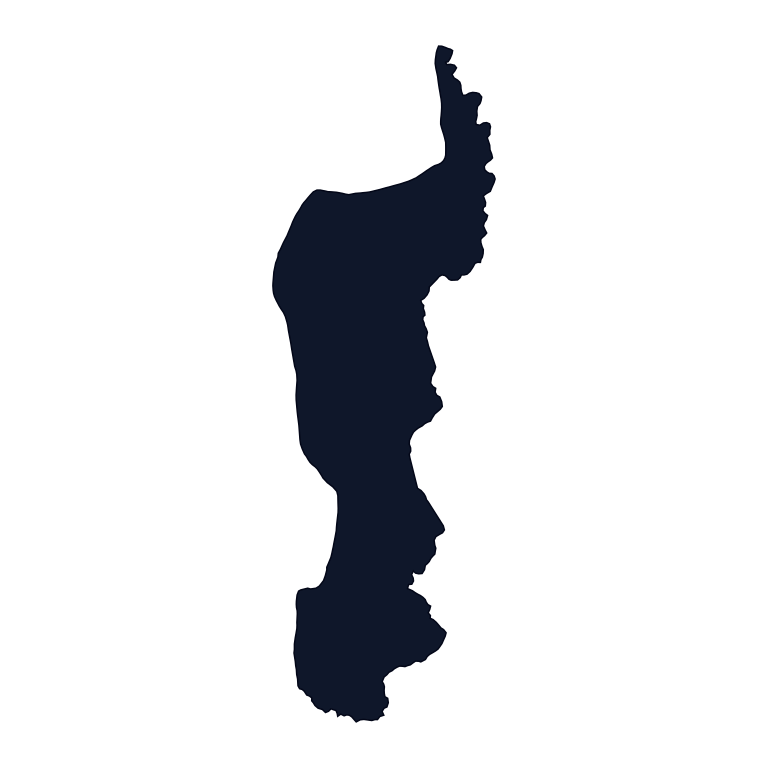 outline of Itapiratins, Tocantins, Brazil
{"feature_id": "56859067B41271954080984", "entity_name": "Itapiratins", "entity_type": "district", "adm_level": 2, "iso_a3": "BRA", "parent_name": "Brazil", "parent_adm1": "Tocantins", "projection": "robinson", "projection_center": [-48.008, -8.299], "detail": "fine", "context": "isolated", "style": "filled", "palette": "ink", "viewbox_px": 768, "rotation_deg": 0, "n_neighbors": 0, "source": "geoboundaries", "source_scale": "gbopen_adm2", "svg_char_len": 5644}
<svg xmlns="http://www.w3.org/2000/svg" viewBox="0 0 768 768"><path d="M438.6,46.1L437.1,49.9L436.3,52.9L435.9,56.0L435.4,59.5L435.2,63.5L436.0,68.8L436.9,72.8L437.7,76.7L438.1,80.3L438.6,83.9L439.2,87.9L440.0,92.4L440.5,95.6L441.1,98.8L441.6,103.3L441.7,107.6L441.5,111.4L441.2,115.4L440.9,118.2L440.7,121.1L440.7,124.2L441.5,127.3L442.6,130.9L443.7,134.3L444.7,138.0L445.7,142.4L445.8,146.8L445.8,150.8L445.7,155.2L445.0,157.9L443.6,160.6L441.3,162.9L438.6,164.4L434.6,165.7L431.3,167.6L429.1,169.1L426.6,170.7L424.1,172.5L421.8,174.1L419.0,175.9L416.1,177.9L413.8,178.9L411.7,179.9L408.4,181.3L404.4,182.6L400.8,183.8L398.3,184.5L395.6,185.2L392.7,186.0L389.6,186.9L386.0,187.8L382.8,188.7L379.6,189.6L376.3,190.4L372.6,191.3L369.6,192.0L366.6,192.4L363.3,192.7L360.8,193.0L358.1,193.2L355.4,193.4L352.4,194.0L348.8,194.7L345.6,194.2L342.5,193.4L339.3,192.8L336.6,192.3L333.1,192.0L330.3,191.8L327.9,191.7L325.5,191.1L323.3,190.7L320.4,190.1L316.9,190.1L313.3,191.9L310.5,194.9L308.0,197.8L305.8,200.5L303.9,202.6L302.1,205.1L300.9,207.4L299.0,210.6L296.9,213.7L295.3,216.5L293.8,219.6L292.6,222.2L291.2,225.9L289.5,229.9L288.2,233.0L287.1,235.7L285.2,239.3L283.5,242.5L282.0,245.8L280.5,249.2L278.3,253.2L277.9,257.2L275.7,263.0L273.9,271.9L273.0,283.1L272.9,285.8L273.2,290.4L273.6,293.3L274.5,296.4L276.3,300.4L277.8,303.2L279.3,306.1L281.5,309.6L283.5,312.5L285.4,316.6L287.0,322.1L287.7,325.0L288.5,330.7L290.8,343.0L291.8,349.5L294.7,366.3L296.1,370.7L296.8,374.4L297.1,380.5L296.6,387.0L296.1,395.0L296.2,400.0L297.2,411.2L297.6,414.9L298.9,425.1L300.0,440.0L300.6,444.1L302.2,448.7L304.5,453.9L306.5,456.5L308.1,459.4L310.1,462.4L312.3,464.6L315.3,466.9L317.2,468.8L319.4,472.0L321.8,475.8L323.0,478.0L327.3,482.6L332.8,486.8L336.8,491.3L337.9,495.7L338.0,501.8L338.2,508.5L338.1,512.5L337.4,518.6L336.8,524.0L336.5,527.2L336.3,530.7L335.2,536.8L333.8,543.9L333.3,546.8L332.6,549.9L331.9,553.4L330.9,557.5L328.0,564.5L326.8,567.2L326.8,570.0L325.3,575.8L323.5,580.7L319.3,586.1L316.0,588.2L310.6,589.0L307.7,588.2L300.8,589.9L298.6,591.1L297.1,595.0L296.4,601.1L296.3,604.2L296.5,607.5L297.2,610.8L297.3,613.9L296.9,622.4L297.0,625.3L296.9,628.4L296.0,633.8L295.3,637.6L294.4,644.0L294.4,649.5L294.0,653.0L295.3,661.4L295.7,665.6L296.4,669.6L296.7,674.5L297.6,679.0L298.0,685.8L299.6,688.7L302.3,689.5L304.3,691.3L306.7,695.0L309.4,696.0L311.8,697.9L311.7,700.8L313.3,702.7L315.0,705.5L318.1,708.2L322.4,709.5L325.5,712.5L328.5,711.3L331.0,708.8L333.6,709.8L336.0,710.5L337.2,713.5L337.7,716.3L340.8,714.1L344.1,715.8L346.7,714.9L349.3,715.2L351.7,716.8L353.8,719.2L356.2,721.9L360.2,719.8L363.9,719.4L367.6,719.9L371.8,720.5L374.9,719.6L377.5,719.6L379.8,716.5L383.8,715.2L382.1,711.4L384.1,708.2L386.9,707.0L388.3,702.7L387.7,698.3L384.9,696.7L384.3,693.4L384.1,690.3L384.4,686.8L383.7,684.2L382.2,681.6L384.1,677.0L386.9,674.7L388.9,672.3L392.1,670.7L394.4,668.7L397.2,667.1L399.5,666.1L402.0,666.2L405.0,666.6L407.5,665.6L410.4,664.8L412.9,662.9L415.5,661.1L418.6,661.2L420.8,661.9L425.4,659.5L427.2,656.5L429.6,654.4L432.6,652.7L435.4,651.0L438.0,649.1L439.9,646.5L441.9,643.6L443.8,639.3L445.2,636.2L446.1,632.8L443.6,629.6L440.9,627.9L438.9,625.4L436.2,622.3L433.1,619.6L430.2,618.3L430.4,615.5L428.2,612.9L429.7,609.5L430.6,606.1L427.9,604.6L426.2,602.1L425.2,599.6L423.0,597.4L420.5,595.6L418.1,594.4L415.2,592.7L412.5,590.8L410.3,589.8L407.5,588.6L408.6,584.5L411.8,584.2L413.5,581.0L413.2,578.1L411.6,574.7L413.3,570.9L415.5,573.1L418.7,573.8L422.1,573.5L424.5,569.7L425.3,565.3L427.3,563.6L429.2,561.5L430.9,558.3L432.7,556.2L434.8,554.1L435.3,550.9L435.8,548.2L434.8,545.3L434.1,540.2L435.9,536.6L439.5,534.4L442.5,532.8L444.4,529.9L443.3,525.8L428.1,501.8L426.5,499.8L425.6,496.8L424.0,493.9L421.1,490.6L417.5,488.3L409.9,457.9L409.2,454.2L410.7,451.2L410.6,447.9L409.2,444.1L409.5,440.4L410.7,437.7L411.8,435.2L413.5,432.1L415.6,430.1L418.3,428.0L422.3,425.8L424.6,423.7L427.5,422.1L430.5,421.1L432.2,417.9L434.7,414.0L438.0,411.2L440.3,409.2L442.3,406.5L441.7,401.8L439.8,397.0L436.8,395.3L435.1,392.2L435.7,388.3L432.9,386.6L430.6,383.2L431.1,379.8L431.5,376.9L433.1,373.8L434.6,371.0L435.6,367.0L434.1,362.3L428.4,345.8L427.5,341.8L426.3,337.8L427.4,332.3L426.1,328.6L424.5,325.7L424.0,322.8L422.7,319.8L423.1,316.7L424.9,315.2L424.6,312.2L423.3,308.5L423.7,305.5L421.8,303.5L420.7,300.5L424.2,298.2L427.1,294.8L429.0,291.0L429.3,287.0L436.9,279.2L439.1,276.5L442.0,274.9L445.2,275.6L447.3,277.4L449.0,279.3L451.1,280.2L454.5,280.1L457.6,279.9L460.2,277.6L461.4,274.9L464.1,274.9L467.0,274.2L470.1,271.4L473.0,267.0L475.0,263.3L477.6,262.3L480.4,262.4L480.9,259.6L482.3,257.2L483.1,253.7L483.3,249.6L482.0,246.5L480.9,242.8L480.7,239.5L482.2,237.6L484.6,235.6L486.7,233.0L485.2,230.1L483.4,226.0L484.3,222.6L486.4,219.6L487.6,215.4L485.1,213.5L482.9,210.8L483.3,207.6L485.3,206.1L485.6,202.5L484.5,199.1L483.3,195.9L486.5,193.5L490.3,191.3L492.0,187.1L494.0,182.6L495.1,179.0L494.1,175.9L492.0,173.5L489.1,173.3L486.8,171.8L484.8,169.8L484.2,166.5L486.0,163.5L487.9,161.9L490.4,160.2L492.5,157.9L491.7,154.2L490.0,149.8L489.7,145.2L488.6,141.8L487.2,137.6L489.9,134.3L489.8,130.3L490.5,126.8L489.5,123.8L486.6,122.6L483.3,123.0L479.9,125.2L476.2,124.5L475.7,121.6L476.4,119.0L477.1,115.4L476.8,111.1L477.5,106.5L480.0,103.5L481.0,100.8L481.7,97.0L479.0,93.6L476.4,92.8L472.7,92.4L469.2,93.2L466.0,95.1L462.9,95.4L461.5,91.7L461.0,88.7L460.8,85.3L459.8,82.2L457.4,80.0L454.1,78.0L452.0,74.4L454.7,71.0L456.5,67.8L454.4,65.2L450.4,64.3L446.7,64.6L445.6,62.3L448.1,61.7L450.1,58.5L452.0,53.8L452.6,50.6L450.4,49.2L448.1,48.6L445.2,47.4L441.8,46.2L438.6,46.1Z" fill="#0f172a" stroke="#020617" stroke-width="1.5"/></svg>